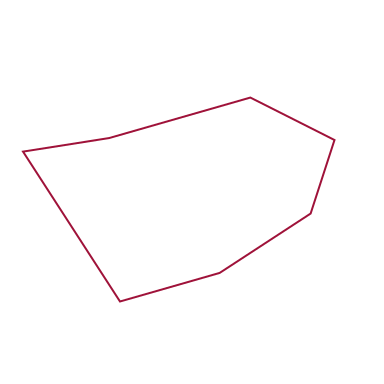 outline of Mdina, rotated 164°
{"feature_id": "MLT-5921", "entity_name": "Mdina", "entity_type": "state/province", "adm_level": 1, "iso_a3": "MLT", "parent_name": "Malta", "parent_adm1": "", "projection": "orthographic", "projection_center": [14.407, 35.882], "detail": "fine", "context": "isolated", "style": "outline", "palette": "rose", "viewbox_px": 384, "rotation_deg": 164, "n_neighbors": 0, "source": "natural_earth", "source_scale": "10m", "svg_char_len": 259}
<svg xmlns="http://www.w3.org/2000/svg" viewBox="0 0 384 384"><g transform="rotate(164 192 192)"><path d="M40.7,202.7L83.9,138.6L187.7,106.6L291.4,106.6L343.3,277.4L256.8,266.7L109.9,266.7L40.7,202.7Z" fill="none" stroke="#9f1239" stroke-width="2"/></g></svg>